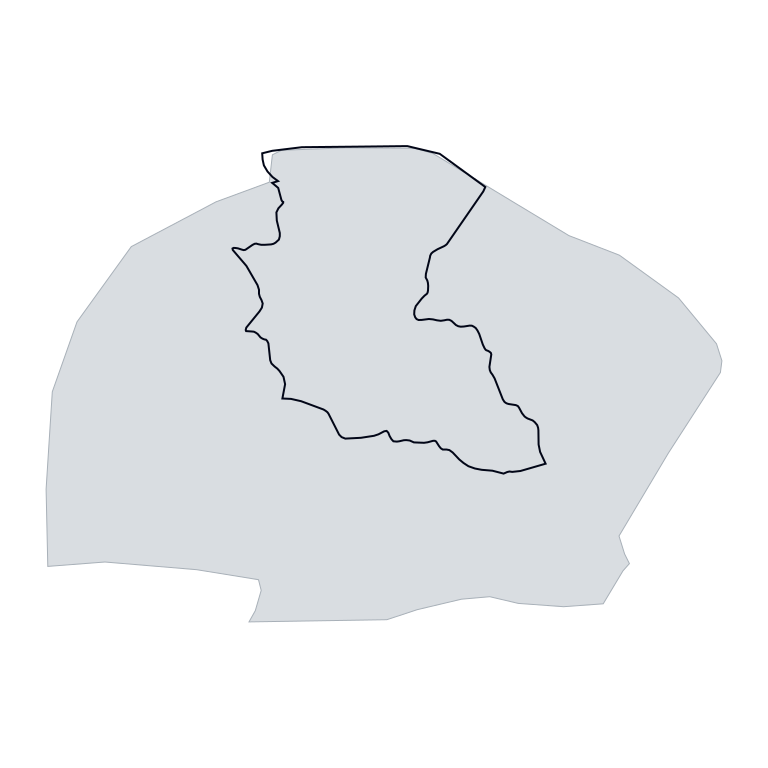 Manzini highlighted on a map of eSwatini, rotated 90°
{"feature_id": "SWZ-536", "entity_name": "Manzini", "entity_type": "District", "adm_level": 1, "iso_a3": "SWZ", "parent_name": "eSwatini", "parent_adm1": "", "projection": "natural_earth1", "projection_center": [31.309, -26.515], "detail": "fine", "context": "in_parent", "style": "outline", "palette": "ink", "viewbox_px": 768, "rotation_deg": 90, "n_neighbors": 0, "source": "natural_earth", "source_scale": "10m", "svg_char_len": 3030}
<svg xmlns="http://www.w3.org/2000/svg" viewBox="0 0 768 768"><g transform="rotate(90 384 384)"><path d="M563.6,138.6L570.8,145.0L603.8,164.8L606.7,204.4L603.4,249.7L596.7,278.2L599.2,306.6L609.7,350.9L619.7,381.2L621.9,519.0L610.7,512.7L590.4,506.8L579.7,509.5L569.7,571.2L562.0,663.1L566.4,720.2L489.3,721.9L391.8,715.7L321.9,691.0L246.6,636.7L201.8,551.9L182.2,498.7L154.8,495.6L150.3,486.5L147.8,421.6L148.3,353.4L153.4,335.2L204.1,251.3L235.6,199.1L255.2,148.6L298.0,89.4L343.8,51.5L360.8,46.1L372.5,47.6L453.2,99.7L536.0,149.0L554.0,143.4L563.6,138.6Z" fill="#d9dde1" stroke="#a8b0b8" stroke-width="1"/><path d="M153.3,505.8L150.8,495.7L147.2,466.1L146.6,406.6L146.1,360.7L153.8,328.3L187.0,282.7L191.4,284.7L244.1,321.1L245.2,322.4L246.2,324.0L249.2,330.4L251.9,334.9L253.5,336.7L255.7,337.8L257.6,338.1L273.9,342.1L277.5,342.3L280.5,340.7L282.8,340.1L285.9,339.8L290.5,340.0L292.6,340.4L293.8,341.1L295.7,343.5L298.6,346.3L306.1,352.2L310.4,353.6L314.4,353.8L317.3,352.8L319.1,351.4L320.0,349.4L319.9,346.2L319.0,339.1L319.4,335.0L320.3,331.1L320.8,327.2L320.3,323.7L319.7,320.9L319.8,318.7L320.9,316.5L325.0,312.1L326.2,309.8L326.7,307.3L326.5,304.0L325.6,298.3L325.7,296.1L326.6,294.3L328.0,292.3L330.4,290.6L333.9,288.8L344.5,285.2L348.1,283.5L349.6,282.5L350.2,281.8L350.9,279.9L351.6,278.7L352.8,277.2L354.4,276.7L366.9,278.6L370.1,278.2L372.5,277.2L374.6,275.6L378.4,273.4L399.3,265.2L401.8,263.6L402.7,262.5L403.4,261.3L404.0,259.4L405.1,252.2L406.0,250.2L407.6,249.0L413.2,246.0L416.5,243.4L417.6,241.9L418.5,240.4L420.4,235.4L422.1,233.3L425.1,230.8L427.8,229.9L430.2,229.6L444.5,229.4L451.9,227.9L463.7,222.4L471.0,247.6L471.9,255.8L471.5,258.5L472.0,260.7L473.6,264.4L470.7,275.6L469.8,286.4L468.5,293.1L466.2,299.6L462.9,304.6L459.4,308.8L452.5,315.3L450.1,318.6L449.5,321.6L449.5,325.3L448.3,327.2L446.2,328.9L441.5,331.9L440.8,333.1L440.8,334.9L442.3,340.4L442.8,344.0L442.4,354.1L440.5,358.3L440.1,361.6L440.2,364.1L441.3,368.8L441.6,371.1L441.3,374.6L439.1,376.6L436.0,378.4L432.7,379.7L430.9,381.4L431.3,383.8L434.3,389.5L435.8,394.0L437.8,407.1L438.6,422.7L437.1,426.4L434.6,428.9L413.7,439.5L412.2,440.6L410.8,442.4L409.5,444.5L401.2,466.9L398.9,477.0L398.5,485.6L384.2,482.9L376.8,484.5L371.0,488.5L368.6,490.7L366.5,493.4L363.5,496.5L360.2,497.8L343.4,499.6L341.0,500.8L339.7,502.0L339.4,503.7L338.6,505.6L337.4,507.5L334.0,510.3L332.6,512.3L331.7,514.1L331.5,516.0L331.1,521.9L330.0,522.3L327.6,521.7L311.4,508.5L307.6,506.1L303.5,505.3L300.1,506.5L296.8,508.2L293.8,509.0L289.8,509.0L285.1,510.5L265.9,521.6L250.0,535.2L248.5,535.5L247.9,534.4L248.0,532.3L248.4,529.9L249.7,525.9L250.1,524.3L249.8,522.6L244.9,515.5L243.8,513.4L243.6,511.7L244.2,509.7L244.8,506.8L244.8,503.1L244.4,496.9L243.8,494.5L242.6,492.4L239.6,489.1L236.3,488.2L233.0,488.2L220.5,491.2L212.4,491.6L208.3,489.6L204.4,486.0L202.8,484.8L201.9,484.8L201.5,485.7L199.9,486.6L187.9,489.8L182.9,495.8L181.1,490.0L177.0,495.5L171.5,500.5L165.4,504.1L159.5,505.4L153.3,505.8Z" fill="none" stroke="#020617" stroke-width="2"/></g></svg>